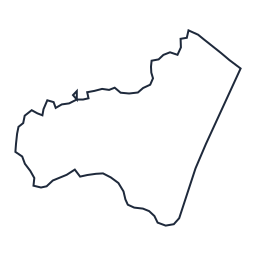 the district of Maracajá, Santa Catarina, Brazil
{"feature_id": "56859067B94572130749254", "entity_name": "Maracajá", "entity_type": "district", "adm_level": 2, "iso_a3": "BRA", "parent_name": "Brazil", "parent_adm1": "Santa Catarina", "projection": "albers", "projection_center": [-49.469, -28.863], "detail": "fine", "context": "isolated", "style": "outline", "palette": "slate", "viewbox_px": 256, "rotation_deg": 0, "n_neighbors": 0, "source": "geoboundaries", "source_scale": "gbopen_adm2", "svg_char_len": 1015}
<svg xmlns="http://www.w3.org/2000/svg" viewBox="0 0 256 256"><path d="M240.6,68.5L229.3,60.0L225.2,56.5L220.9,52.9L204.0,39.5L198.1,34.7L188.5,30.4L186.8,37.8L180.6,38.8L180.9,47.4L177.5,54.8L170.0,52.3L163.4,54.9L158.6,59.4L151.6,60.7L151.0,66.7L151.3,72.6L153.0,78.3L150.2,84.7L143.1,88.0L137.9,92.5L129.1,93.5L120.6,92.7L114.7,87.7L109.1,89.9L102.1,88.9L94.4,90.9L87.2,92.2L88.5,98.3L83.2,99.5L76.8,99.5L69.1,103.4L61.8,104.4L55.7,107.9L53.6,102.1L47.3,100.3L43.5,109.2L42.4,115.3L37.3,113.3L31.7,110.2L24.7,115.7L23.2,123.1L18.5,126.8L17.1,133.7L16.0,143.9L15.4,151.9L22.2,156.5L24.9,163.8L30.3,170.9L34.3,178.0L33.5,185.7L41.0,187.5L46.6,186.3L52.8,180.5L66.7,174.8L74.8,169.6L80.1,176.6L87.4,175.0L96.0,173.8L103.0,173.4L110.8,177.4L118.4,183.0L123.5,191.4L125.4,199.4L127.8,204.7L134.2,207.6L142.9,208.6L149.1,211.1L154.4,216.0L157.6,222.6L165.7,225.6L173.8,224.2L179.2,218.2L195.5,168.4L205.9,144.0L240.6,68.5ZM76.8,99.5L76.8,91.1L73.0,95.1L76.8,99.5Z" fill="none" stroke="#1e293b" stroke-width="2"/></svg>